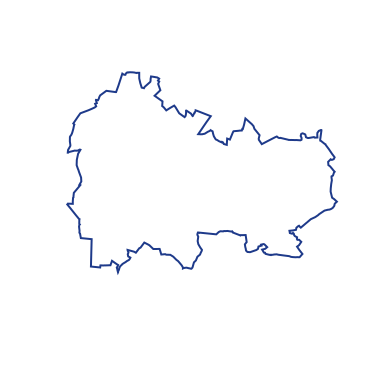 Bēnes pag., Auces, Latvia, rotated 114°
{"feature_id": "27541924B36472446612292", "entity_name": "Bēnes pag.", "entity_type": "district", "adm_level": 2, "iso_a3": "LVA", "parent_name": "Latvia", "parent_adm1": "Auces", "projection": "albers", "projection_center": [23.066, 56.462], "detail": "fine", "context": "isolated", "style": "outline", "palette": "blue", "viewbox_px": 384, "rotation_deg": 114, "n_neighbors": 0, "source": "geoboundaries", "source_scale": "gbopen_adm2", "svg_char_len": 5693}
<svg xmlns="http://www.w3.org/2000/svg" viewBox="0 0 384 384"><g transform="rotate(114 192 192)"><path d="M94.1,89.6L94.1,90.3L92.7,95.6L92.8,95.7L92.4,96.1L90.3,96.7L83.1,98.8L82.8,99.0L82.9,99.4L84.6,101.0L86.9,101.5L88.4,101.0L91.2,99.6L92.4,101.9L92.4,102.4L92.2,102.9L95.3,107.5L95.6,108.3L95.6,109.8L95.6,110.1L93.4,111.9L93.3,112.8L93.4,114.8L94.4,115.8L95.5,115.7L96.6,115.5L97.9,114.0L98.5,113.7L99.7,113.2L99.9,113.3L100.7,114.0L102.2,118.1L102.5,118.6L104.0,122.3L104.2,122.7L105.1,124.8L105.1,125.2L106.6,133.3L107.0,133.7L107.3,134.9L107.3,135.2L106.8,137.1L108.1,138.3L116.1,144.7L119.9,147.7L117.1,152.2L116.0,152.8L112.6,153.4L108.9,160.7L106.8,162.6L105.7,164.9L103.1,173.1L109.4,171.8L113.8,171.2L113.9,171.7L115.6,171.5L115.9,172.2L116.5,173.4L117.1,174.3L119.5,178.6L119.7,178.8L120.8,178.9L128.7,178.7L128.8,180.7L128.9,181.6L134.8,179.4L135.2,182.5L134.1,183.8L134.0,184.9L134.6,184.9L134.6,186.8L134.6,187.4L134.6,188.2L134.3,189.9L134.3,191.6L133.9,192.3L132.2,194.7L130.1,196.5L128.3,197.8L128.2,197.9L128.1,199.7L128.3,200.0L128.1,200.2L129.3,200.9L130.5,202.0L133.6,204.1L134.8,205.8L135.2,206.3L136.1,208.5L136.6,209.8L127.1,208.1L122.2,207.2L115.1,205.7L115.8,220.6L115.9,221.8L116.1,221.7L118.7,221.8L118.7,222.0L122.3,222.2L122.4,222.3L121.1,224.4L120.8,224.8L119.9,230.2L120.1,230.5L122.6,229.4L125.1,228.8L126.6,229.2L126.2,231.3L125.3,235.7L121.2,241.6L120.3,243.4L124.0,246.1L127.9,248.7L126.2,252.1L125.9,253.0L125.6,254.2L121.2,255.8L119.3,265.3L111.9,262.3L107.0,266.9L104.4,266.9L104.1,268.4L101.8,268.1L101.5,270.3L101.9,271.8L102.3,273.5L103.1,276.4L105.6,275.8L107.2,275.1L108.2,274.9L108.6,275.0L115.2,278.0L116.7,278.1L117.1,280.4L114.7,282.5L113.6,283.5L109.7,286.4L104.6,288.7L105.4,290.5L105.8,290.9L105.8,291.4L106.0,291.8L106.3,293.3L106.8,294.8L107.8,297.3L108.7,299.0L108.8,298.9L109.6,300.2L110.5,300.5L111.0,300.6L112.0,300.5L112.2,300.8L112.4,301.7L112.5,302.2L112.2,303.8L124.6,302.5L131.6,302.0L131.8,302.4L134.4,311.4L141.1,315.2L142.8,315.3L144.7,315.1L146.4,315.2L146.7,316.0L146.7,316.5L146.9,317.2L147.1,317.2L149.5,315.1L150.8,316.4L152.7,314.4L153.9,315.0L154.5,315.4L156.9,317.5L159.5,319.9L165.5,326.0L170.4,327.0L177.7,328.3L178.2,326.9L179.0,326.9L182.6,326.1L186.1,325.6L187.3,325.5L188.8,325.5L190.7,325.9L191.4,325.9L195.4,324.2L198.6,322.2L199.1,322.0L199.6,321.9L203.6,322.3L204.1,322.3L206.6,321.5L206.5,321.2L205.5,320.6L205.3,320.4L203.0,317.4L201.8,315.9L201.7,315.5L201.2,314.2L201.0,313.8L200.6,313.2L200.2,312.8L199.1,312.0L198.9,311.8L198.8,311.4L198.8,311.1L203.4,311.6L209.5,310.3L214.4,308.3L217.3,305.6L218.0,304.8L219.6,303.4L223.9,299.2L227.4,297.4L231.4,297.8L231.3,296.9L240.8,299.6L244.2,298.5L245.2,298.1L245.7,298.3L249.0,297.1L251.3,296.1L253.1,300.6L253.3,300.6L254.1,300.9L256.5,296.1L257.5,294.2L260.4,288.6L262.5,284.4L262.6,284.0L262.6,283.7L263.3,283.6L266.6,282.2L267.1,281.9L267.2,281.6L267.3,281.3L267.6,281.4L268.0,281.5L269.6,281.1L270.6,280.5L273.1,279.0L275.0,278.3L275.1,278.2L275.5,277.4L279.0,275.0L279.3,274.8L275.9,264.5L301.2,254.0L298.3,245.2L296.3,245.8L295.2,243.2L293.1,238.8L292.6,237.9L292.1,236.7L287.4,237.1L288.2,233.1L288.6,231.0L288.7,229.8L290.1,229.7L291.2,229.9L291.7,229.7L291.8,229.8L293.1,228.7L294.0,228.1L295.5,226.9L295.4,226.9L294.3,227.2L293.7,227.2L292.9,227.1L290.5,227.5L288.8,227.3L288.1,227.0L287.5,226.7L286.5,226.4L286.0,226.2L284.2,225.0L283.1,224.2L281.6,223.4L279.8,222.0L278.8,221.7L277.7,221.6L277.0,221.6L276.8,224.1L274.9,225.4L273.2,225.4L271.6,227.0L271.1,227.3L270.1,220.7L270.3,218.6L264.8,217.3L263.8,216.4L257.6,215.0L257.8,211.1L258.0,209.2L259.8,204.2L257.2,198.4L261.6,194.6L259.7,191.2L259.8,190.8L259.6,189.6L258.2,186.3L258.7,182.8L260.3,178.7L260.8,176.5L262.7,172.6L263.2,171.6L264.3,170.0L265.0,169.4L265.5,169.2L264.9,168.7L264.0,167.4L263.3,166.1L263.2,165.4L263.0,164.2L262.6,162.5L262.6,162.0L262.3,161.3L261.9,161.2L261.1,160.9L260.3,160.9L255.5,161.6L253.0,160.6L248.9,160.7L245.9,159.2L244.6,159.3L241.7,159.2L240.8,159.4L239.4,161.8L237.1,165.0L234.5,166.9L230.3,168.1L228.9,169.7L228.0,170.0L226.7,170.1L226.5,169.2L226.3,169.3L220.8,152.6L217.7,151.3L216.3,150.1L215.3,147.5L215.0,147.3L214.6,146.8L214.5,146.5L214.3,146.0L214.3,145.9L213.1,143.6L212.7,142.0L212.1,139.9L211.6,139.4L212.3,138.4L212.2,138.1L212.4,138.0L212.0,130.2L211.7,130.2L211.2,129.0L209.5,125.5L215.5,121.7L218.3,122.4L220.5,121.0L222.0,119.8L223.3,119.0L223.6,118.7L224.2,117.1L224.2,116.9L223.4,114.6L223.3,114.4L218.8,109.6L217.1,108.6L214.8,109.1L212.7,106.7L212.0,107.5L211.0,106.2L210.4,105.3L210.4,105.1L210.4,104.6L210.5,104.2L211.8,100.9L214.1,102.0L214.6,102.6L216.1,104.5L218.1,101.7L217.8,100.5L218.6,99.7L218.0,96.1L217.5,94.1L217.4,94.0L217.2,94.2L216.6,92.8L215.7,91.6L214.5,89.3L214.2,87.6L212.6,82.2L211.1,77.2L211.0,76.2L211.0,75.3L210.6,73.8L209.6,71.1L208.5,68.9L208.2,68.0L207.8,67.2L203.7,65.9L201.3,70.4L199.2,73.8L197.1,72.6L193.1,71.9L192.1,74.7L192.8,76.3L192.2,77.1L190.6,77.6L190.6,78.3L190.4,80.2L190.0,81.0L188.7,82.0L188.3,83.1L189.4,83.6L189.7,85.9L187.8,87.2L185.9,83.9L184.2,81.6L182.2,82.1L180.2,81.2L179.3,80.5L179.9,79.3L180.3,78.1L168.5,72.4L164.8,69.2L161.9,67.4L160.5,66.8L155.1,63.4L152.9,60.6L152.3,59.5L152.0,59.1L151.0,58.1L150.0,57.4L149.1,56.9L148.6,56.8L147.0,56.4L146.1,56.5L145.1,56.8L144.5,56.8L141.9,55.7L140.7,59.2L140.2,61.7L135.3,65.5L132.3,66.7L128.0,68.1L124.4,69.0L121.7,70.6L121.0,70.9L119.6,69.9L116.6,70.2L115.5,69.9L114.7,71.7L113.9,73.2L112.4,76.3L112.2,77.2L112.0,78.3L109.1,79.9L105.7,78.6L105.9,77.7L105.7,77.2L104.4,75.9L102.3,75.8L101.6,77.0L100.3,79.4L97.5,83.9L97.4,84.0L96.4,85.8L95.9,86.7L95.4,87.6L94.3,89.5L94.1,89.6Z" fill="none" stroke="#1e3a8a" stroke-width="2"/></g></svg>